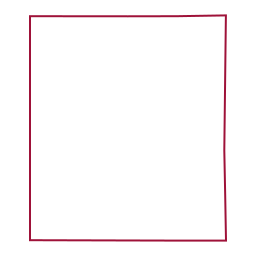 the district of Benton, Iowa, United States of America
{"feature_id": "52423323B49027728279357", "entity_name": "Benton", "entity_type": "district", "adm_level": 2, "iso_a3": "USA", "parent_name": "United States of America", "parent_adm1": "Iowa", "projection": "robinson", "projection_center": [-92.019, 42.08], "detail": "fine", "context": "isolated", "style": "outline", "palette": "rose", "viewbox_px": 256, "rotation_deg": 0, "n_neighbors": 0, "source": "geoboundaries", "source_scale": "gbopen_adm2", "svg_char_len": 239}
<svg xmlns="http://www.w3.org/2000/svg" viewBox="0 0 256 256"><path d="M30.0,16.2L30.0,240.2L177.1,240.6L226.0,240.6L225.2,195.5L224.3,150.4L225.9,15.4L176.9,16.2L128.0,16.3L30.0,16.2Z" fill="none" stroke="#9f1239" stroke-width="2"/></svg>